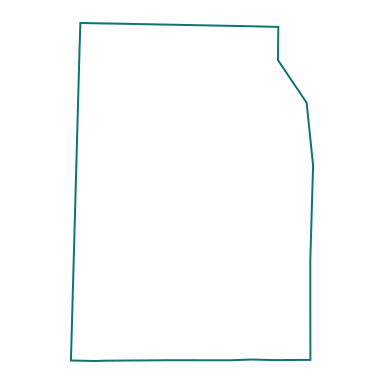 Hardeman, Tennessee, United States of America
{"feature_id": "52423323B34509746924407", "entity_name": "Hardeman", "entity_type": "district", "adm_level": 2, "iso_a3": "USA", "parent_name": "United States of America", "parent_adm1": "Tennessee", "projection": "equal_earth", "projection_center": [-88.961, 35.213], "detail": "fine", "context": "isolated", "style": "outline", "palette": "teal", "viewbox_px": 384, "rotation_deg": 0, "n_neighbors": 0, "source": "geoboundaries", "source_scale": "gbopen_adm2", "svg_char_len": 380}
<svg xmlns="http://www.w3.org/2000/svg" viewBox="0 0 384 384"><path d="M313.1,165.5L306.6,102.7L278.0,60.2L278.3,26.9L248.3,26.2L140.5,24.1L80.4,23.0L79.5,50.5L71.3,347.2L70.9,360.5L95.0,361.0L105.3,360.7L170.8,360.2L176.3,360.2L229.8,360.3L252.0,359.5L272.9,360.1L289.2,360.0L310.4,359.9L310.3,308.1L310.3,259.9L313.1,165.5Z" fill="none" stroke="#0f766e" stroke-width="2"/></svg>